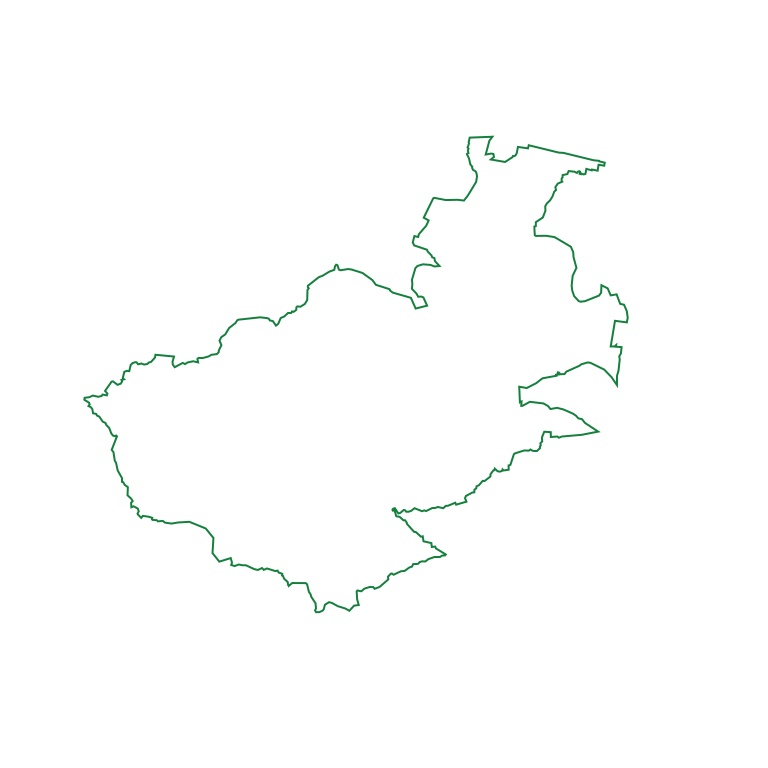 the district of Cuautinchán, Puebla, Mexico, rotated 339°
{"feature_id": "50627088B83471115235412", "entity_name": "Cuautinchán", "entity_type": "district", "adm_level": 2, "iso_a3": "MEX", "parent_name": "Mexico", "parent_adm1": "Puebla", "projection": "mercator", "projection_center": [-98.043, 18.963], "detail": "fine", "context": "isolated", "style": "outline", "palette": "green", "viewbox_px": 768, "rotation_deg": 339, "n_neighbors": 0, "source": "geoboundaries", "source_scale": "gbopen_adm2", "svg_char_len": 6164}
<svg xmlns="http://www.w3.org/2000/svg" viewBox="0 0 768 768"><g transform="rotate(339 384 384)"><path d="M669.4,256.5L664.9,253.4L664.9,252.8L659.8,250.2L634.3,232.5L630.1,230.6L604.7,213.0L602.9,215.6L594.0,210.7L590.7,216.0L588.9,217.6L587.4,218.0L586.0,217.4L585.1,218.3L576.6,220.1L564.2,212.7L568.0,211.4L568.6,208.5L566.7,207.3L561.2,206.2L569.6,194.6L573.8,192.0L552.3,184.7L549.6,188.8L549.6,189.9L546.8,193.1L547.3,194.5L546.0,196.0L545.6,198.7L544.1,198.8L543.8,199.5L544.2,203.8L543.3,210.0L544.3,212.8L543.7,213.8L543.9,216.1L545.7,218.2L545.9,220.5L545.2,223.6L542.4,228.4L530.1,237.9L524.4,241.4L518.7,238.4L507.6,234.4L497.6,228.2L496.5,228.3L480.7,243.0L484.3,247.3L480.1,251.4L470.3,256.6L468.6,259.0L465.4,256.8L461.6,262.1L461.8,265.4L472.2,274.0L472.3,276.1L474.4,280.9L474.4,283.0L476.2,284.5L475.6,287.6L478.1,293.7L473.3,292.4L470.1,289.5L463.2,286.2L457.5,285.8L454.8,287.1L447.4,296.8L446.4,300.6L444.2,305.2L446.7,311.2L447.2,314.8L450.3,315.8L451.8,317.3L452.3,326.3L440.6,324.9L440.0,313.2L424.9,301.8L423.2,299.0L423.1,297.4L412.0,288.5L410.4,282.8L403.7,272.6L394.6,265.4L391.6,263.8L384.1,262.2L382.9,261.1L383.1,256.4L382.1,255.5L380.5,256.5L378.5,259.6L373.3,259.5L365.6,260.9L361.4,260.9L348.2,265.0L347.6,266.3L348.0,267.7L346.2,268.9L342.4,278.1L338.8,280.9L333.8,281.9L330.8,280.5L329.7,281.0L328.6,283.4L327.2,283.8L325.2,284.2L324.2,283.3L322.7,284.4L319.8,283.3L315.1,285.2L311.2,285.4L306.8,289.9L304.1,290.8L302.8,285.5L300.2,283.7L299.9,281.8L298.6,280.7L292.4,277.4L271.2,271.8L269.9,271.9L267.3,273.8L259.5,276.2L253.6,280.8L248.8,282.0L246.0,284.6L246.1,289.5L241.9,293.4L240.9,295.2L238.7,296.2L233.5,294.9L230.0,295.4L224.1,294.8L220.3,293.2L218.8,293.7L218.2,297.2L214.0,294.4L208.4,293.5L205.4,294.1L203.7,292.2L194.6,293.3L193.8,290.1L194.5,287.5L197.8,283.1L181.1,274.8L179.7,277.2L174.5,279.9L172.1,279.7L170.2,280.5L167.0,279.9L164.8,277.9L161.5,277.5L160.8,275.1L159.7,274.5L156.7,274.4L154.3,275.5L150.8,280.7L148.5,279.5L145.9,279.6L142.3,284.8L143.0,286.5L140.4,286.1L140.3,287.9L138.4,289.3L135.0,289.3L131.9,284.4L130.5,284.2L121.1,290.5L122.3,293.8L121.2,295.3L117.5,293.0L116.0,294.0L112.6,293.5L108.1,290.5L104.1,290.7L99.6,289.6L98.6,291.3L101.9,295.7L101.9,297.6L100.2,298.7L101.9,300.4L102.7,302.8L101.9,307.1L104.5,308.7L104.8,310.7L106.5,312.4L107.9,318.3L110.0,320.6L110.1,322.8L111.7,326.5L111.7,332.6L112.6,335.2L114.4,336.4L115.4,336.1L115.9,337.2L106.2,347.9L107.0,350.8L105.2,359.0L105.6,361.5L104.4,369.3L105.7,378.2L104.3,381.4L105.3,382.2L105.8,385.3L107.9,388.5L104.7,396.0L106.9,400.5L107.4,403.3L105.3,404.3L104.0,408.6L106.3,408.4L109.5,412.0L109.4,415.0L107.5,416.6L107.4,417.4L109.4,422.0L111.6,420.7L116.8,423.6L119.7,425.9L118.9,427.1L119.2,427.9L123.0,429.7L123.7,431.2L128.5,432.6L129.8,434.9L135.7,438.2L141.8,439.4L152.9,442.9L165.8,455.0L169.6,466.6L163.3,480.4L166.6,490.8L178.5,491.6L178.1,496.2L176.5,498.2L179.3,500.4L183.8,500.5L186.8,502.5L190.1,503.7L196.5,510.3L199.6,512.4L204.2,512.1L205.1,514.4L208.7,514.3L215.5,519.7L217.8,520.1L218.1,522.3L221.0,524.7L220.2,526.2L220.9,526.8L221.0,530.1L223.1,534.2L222.5,537.3L223.1,537.5L222.9,538.3L227.0,536.9L239.7,541.9L240.4,543.5L239.4,551.3L240.1,554.0L239.8,556.5L241.5,564.1L240.1,569.1L238.5,570.7L238.8,572.7L241.9,573.8L245.6,573.6L247.1,572.6L249.8,568.9L254.5,568.0L256.9,569.7L261.3,574.9L267.5,579.8L270.4,583.3L276.6,580.2L281.2,581.3L281.8,575.3L284.1,568.0L285.1,567.2L288.6,569.4L292.4,568.0L298.0,568.4L301.2,569.8L301.8,571.8L307.1,571.9L317.9,568.0L318.7,565.3L322.2,563.6L323.4,563.7L324.6,565.5L332.7,564.9L336.3,565.9L341.8,564.4L344.7,564.5L346.7,562.6L350.5,563.9L351.8,564.0L353.4,563.0L356.0,563.2L359.0,564.5L362.6,563.4L369.2,563.6L374.3,565.6L376.7,565.0L379.6,565.9L380.6,565.3L373.6,556.2L373.5,554.1L370.2,553.3L371.2,549.5L364.5,545.0L365.6,540.1L363.8,539.8L360.7,533.7L359.1,532.8L355.2,522.6L355.6,521.6L354.8,518.7L353.3,518.2L351.0,513.6L348.1,511.9L348.6,505.4L346.9,505.4L346.8,504.4L347.8,503.7L349.6,503.8L351.0,510.0L353.0,510.2L357.2,508.7L358.5,509.5L359.0,511.2L361.1,512.0L363.8,512.2L368.0,510.9L373.9,516.4L376.3,516.4L377.7,517.7L384.5,517.1L387.5,518.1L390.2,518.1L394.8,521.2L398.1,519.9L400.1,520.6L408.0,520.4L408.1,522.5L418.8,523.4L418.7,519.7L420.3,517.9L427.7,517.0L429.5,517.5L430.5,515.1L432.7,514.5L433.7,512.7L436.4,512.5L441.4,509.8L443.1,510.6L449.5,508.7L450.4,508.2L451.0,506.5L455.0,503.9L456.0,504.0L457.1,502.7L458.8,506.2L460.9,507.4L463.2,507.4L464.1,506.2L464.7,507.6L469.7,508.7L471.1,504.7L473.0,504.8L480.1,496.1L481.4,495.7L491.2,496.3L495.2,498.1L497.2,497.6L498.9,499.7L502.7,501.4L506.8,499.7L507.0,498.4L508.4,497.4L508.7,495.4L511.1,494.3L512.3,490.5L516.5,486.0L522.4,488.7L520.8,493.3L526.9,495.1L528.1,496.8L531.3,496.8L550.4,502.3L566.9,505.2L557.7,492.4L556.2,487.7L553.1,485.7L551.9,482.4L549.6,479.2L542.3,472.0L537.1,468.3L530.4,467.0L529.2,463.3L525.9,459.3L513.8,452.9L505.5,454.0L504.3,453.6L506.1,449.6L504.3,449.8L509.3,435.0L515.8,438.9L526.3,437.8L534.0,435.5L547.4,438.0L547.7,437.3L548.4,438.0L549.8,436.3L549.8,437.4L550.6,437.8L551.5,436.4L552.2,438.1L556.1,439.4L558.6,437.8L573.1,437.0L575.2,436.3L582.0,436.9L584.3,438.2L594.7,449.4L598.9,459.2L601.1,468.5L604.5,459.8L607.7,455.6L612.8,445.7L613.6,442.4L616.2,440.3L619.0,434.7L613.9,432.3L614.7,430.8L612.6,431.6L609.1,430.2L622.3,407.8L632.8,413.5L635.3,409.4L636.8,402.9L636.5,396.0L633.2,393.8L633.3,383.7L627.4,382.5L627.1,374.9L622.4,369.7L619.4,376.6L616.5,378.5L601.3,378.7L597.0,377.6L595.5,376.4L593.0,370.1L593.2,364.4L594.4,359.5L598.9,350.6L605.3,344.5L606.4,333.5L607.9,328.7L607.6,322.8L595.9,308.0L588.4,303.7L578.9,300.2L578.1,299.2L579.9,293.4L580.8,290.9L582.3,291.0L583.8,287.3L591.9,285.5L596.8,280.1L598.2,275.9L600.7,273.8L604.8,272.1L608.5,269.3L611.9,265.4L614.1,264.6L614.5,261.7L618.0,259.2L622.9,259.0L622.6,258.1L623.5,255.8L624.7,255.2L625.6,253.0L630.4,253.7L632.7,251.4L637.8,254.0L639.7,256.1L641.3,255.2L642.7,255.4L643.1,256.0L641.9,257.9L642.6,258.4L642.7,257.3L645.5,259.9L647.4,260.0L650.0,255.7L654.5,259.0L655.0,258.3L659.9,261.4L662.9,256.2L667.8,259.1L669.4,256.5Z" fill="none" stroke="#15803d" stroke-width="2"/></g></svg>